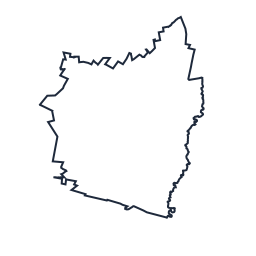 Manuel Benavides, Chihuahua, Mexico, rotated 77°
{"feature_id": "50627088B76577839440191", "entity_name": "Manuel Benavides", "entity_type": "district", "adm_level": 2, "iso_a3": "MEX", "parent_name": "Mexico", "parent_adm1": "Chihuahua", "projection": "mercator", "projection_center": [-103.724, 28.922], "detail": "fine", "context": "isolated", "style": "outline", "palette": "slate", "viewbox_px": 256, "rotation_deg": 77, "n_neighbors": 0, "source": "geoboundaries", "source_scale": "gbopen_adm2", "svg_char_len": 5632}
<svg xmlns="http://www.w3.org/2000/svg" viewBox="0 0 256 256"><g transform="rotate(77 128 128)"><path d="M159.2,211.7L162.6,203.7L167.2,205.1L168.9,201.6L164.2,199.9L168.1,190.8L170.9,193.2L172.7,190.6L175.7,197.0L182.9,184.3L184.0,185.2L193.9,164.9L193.3,164.3L200.0,152.4L201.6,150.6L204.2,146.2L205.3,148.7L205.9,148.8L206.1,148.9L206.2,148.7L206.5,148.3L206.6,148.0L206.9,147.9L207.1,147.3L207.1,146.9L207.3,146.4L207.2,145.6L206.9,144.4L206.6,143.8L206.3,143.0L206.3,142.5L206.0,142.0L205.9,141.6L205.4,140.6L205.5,139.9L211.8,131.6L214.4,128.6L223.8,110.7L224.1,110.4L224.1,110.2L223.5,109.9L222.7,109.1L222.5,108.5L222.7,108.2L223.5,107.7L223.9,107.0L224.3,106.0L224.3,105.7L224.1,105.4L223.5,105.1L222.8,105.2L221.4,106.7L220.9,107.1L220.5,107.3L220.1,107.4L219.5,107.3L218.5,106.9L217.8,106.1L217.4,104.7L217.5,104.6L217.8,104.6L218.3,104.7L218.8,104.7L219.2,104.6L219.9,104.1L220.2,103.7L220.3,103.4L220.3,102.6L220.3,102.1L220.1,101.8L219.7,101.4L218.5,101.0L217.5,101.0L216.8,100.5L216.6,100.6L216.2,101.4L216.3,102.2L216.1,102.7L215.8,103.7L215.8,104.2L215.7,104.7L215.4,105.0L214.8,106.3L214.3,106.7L214.0,106.8L213.0,106.6L211.8,106.0L210.7,105.6L209.8,105.7L209.3,105.6L209.2,105.7L209.0,106.0L208.8,106.0L208.7,105.9L208.6,105.5L208.6,104.4L208.5,103.8L208.3,103.6L207.9,103.2L207.6,103.2L207.1,103.7L206.2,104.0L205.9,104.0L205.5,103.6L205.2,102.2L203.4,102.5L202.8,102.3L202.8,101.6L202.6,101.4L202.3,101.3L201.9,101.5L201.3,101.5L200.7,101.6L199.8,101.2L199.7,101.1L199.6,100.8L200.2,100.5L200.4,100.1L200.2,99.7L199.4,98.7L199.5,98.3L199.5,98.2L198.2,97.9L197.3,97.3L196.5,96.5L196.4,95.2L196.5,94.8L194.4,94.9L194.3,95.0L194.2,95.8L194.0,96.2L193.8,96.3L193.1,96.1L192.6,96.2L192.3,96.1L192.0,95.7L191.8,95.2L192.5,93.6L192.6,92.7L192.6,92.2L191.5,91.5L191.2,90.8L190.1,90.2L189.5,89.7L188.4,88.1L187.9,86.8L187.7,86.8L187.3,86.8L186.6,87.2L186.3,87.2L186.1,87.1L185.9,87.0L185.7,86.6L185.8,86.2L186.0,85.9L186.5,85.5L186.5,85.0L186.4,84.8L185.8,84.5L184.9,84.6L184.6,84.6L184.0,84.2L183.7,84.1L182.1,84.1L181.9,84.0L181.9,83.6L182.1,83.1L182.2,82.3L182.2,80.9L182.0,80.4L180.7,79.6L179.5,79.1L179.2,78.8L178.6,78.9L178.2,78.8L177.6,79.1L177.3,79.1L177.0,79.0L176.7,78.5L176.5,77.8L176.6,77.4L176.9,77.0L177.0,76.6L176.7,76.1L176.3,75.7L176.1,75.7L175.3,76.4L174.1,76.6L173.2,76.9L172.6,76.8L171.2,77.5L170.3,77.7L168.6,77.5L167.5,76.5L167.3,76.3L167.2,75.8L166.2,75.4L165.4,74.4L165.0,74.2L163.7,74.8L162.6,74.7L162.0,74.8L161.6,75.0L161.1,75.6L160.8,75.7L160.0,75.3L159.6,75.2L158.7,75.6L158.0,76.1L157.6,76.1L157.3,75.8L157.4,75.2L157.0,74.8L156.3,73.3L155.9,73.0L154.8,73.0L154.5,72.7L153.8,72.4L153.1,72.4L152.0,72.1L151.4,71.8L150.9,71.8L150.2,71.4L148.8,71.5L148.3,71.5L147.9,71.1L147.4,70.1L147.2,69.9L146.4,70.0L146.0,69.8L145.4,69.8L145.2,69.9L144.9,70.6L144.7,70.8L144.4,70.7L143.2,68.5L142.9,68.2L142.4,67.9L142.1,67.0L140.8,66.0L140.2,65.3L139.7,64.1L139.7,63.5L139.5,63.1L140.0,62.6L140.0,62.2L139.7,61.5L138.5,62.1L137.5,62.1L137.1,62.0L136.9,61.9L136.8,61.3L137.3,60.8L137.4,60.3L137.2,60.0L136.9,59.6L136.7,59.2L136.2,59.1L135.6,59.3L134.7,60.4L134.8,61.0L134.4,61.8L133.1,61.9L132.9,61.6L132.8,61.2L132.1,60.2L132.1,59.7L132.3,59.2L132.1,57.5L132.2,57.0L132.3,56.8L133.0,56.8L133.2,56.5L133.3,55.5L133.0,54.1L132.0,52.4L131.8,51.9L131.5,51.8L130.7,51.9L129.2,53.2L129.0,53.4L128.4,53.3L127.3,52.8L127.2,52.3L126.8,51.6L127.1,51.0L126.9,50.6L126.7,50.2L125.8,49.9L125.1,50.4L124.4,50.7L123.6,51.0L123.4,51.0L122.6,50.5L121.8,50.2L121.5,50.0L121.3,49.2L121.2,49.1L120.2,48.9L119.9,48.7L119.1,48.7L118.7,48.6L117.7,48.3L117.2,48.4L116.8,48.6L116.2,48.8L115.7,48.2L115.0,48.6L114.8,48.4L114.4,48.0L113.1,47.5L112.5,47.5L112.0,47.8L112.0,48.4L111.4,48.8L111.2,48.8L109.2,47.0L108.8,47.0L106.5,47.7L105.6,47.6L105.5,47.4L105.5,46.4L104.6,45.7L104.1,45.5L103.2,45.7L101.7,45.8L100.6,45.3L99.7,45.3L99.0,44.8L98.5,44.9L97.2,44.5L96.6,44.6L95.9,44.3L95.4,45.0L95.5,47.6L94.9,57.6L93.8,58.2L82.6,52.9L79.3,51.5L71.2,47.8L66.6,45.4L63.8,51.1L61.0,48.9L59.2,53.0L49.7,50.1L44.1,49.7L31.7,51.6L32.3,53.4L32.3,54.2L32.5,54.9L33.2,56.1L33.3,56.6L33.7,57.4L34.1,57.8L35.4,59.9L35.6,60.4L35.5,60.9L35.6,61.2L36.4,61.9L36.6,62.2L37.3,62.7L37.5,63.1L37.3,63.1L38.6,65.9L38.3,66.2L38.1,71.3L41.9,71.6L41.7,76.5L49.6,76.9L49.5,82.0L47.8,81.9L47.9,83.3L56.1,83.7L58.5,87.4L60.0,90.0L55.6,92.3L55.6,92.8L58.8,91.6L62.0,96.1L62.4,96.0L62.5,96.1L62.2,96.8L62.3,97.4L61.9,98.0L61.6,98.3L60.2,99.0L59.6,99.9L59.1,100.4L62.2,106.8L62.8,108.7L58.8,108.5L56.9,108.6L56.2,108.4L55.2,109.8L60.2,113.8L64.7,118.6L60.9,122.7L66.6,129.2L61.4,135.0L60.8,135.9L55.7,130.0L54.8,133.4L54.2,136.4L59.5,143.1L58.6,143.5L56.8,145.1L54.6,146.4L56.2,147.9L57.8,149.3L55.6,152.2L53.4,156.7L53.4,157.1L53.1,159.5L53.0,160.8L47.4,160.0L46.5,164.0L47.0,164.0L47.1,165.0L46.7,165.3L45.6,168.5L42.7,167.4L39.9,173.8L47.3,173.3L46.5,175.7L53.6,179.6L53.7,180.1L53.9,180.3L54.8,180.3L55.0,180.2L55.2,180.4L55.7,180.3L55.9,180.2L56.0,180.0L55.7,179.2L55.8,179.0L56.0,179.1L56.1,178.9L56.0,178.4L56.4,178.0L56.3,177.6L56.2,177.0L56.2,176.6L56.3,176.5L56.7,177.1L57.1,177.3L57.5,177.9L60.1,180.7L61.6,182.2L66.6,175.6L72.4,180.9L74.7,182.4L79.1,190.1L79.9,191.7L78.4,199.4L85.5,208.6L85.8,208.5L86.4,207.5L94.2,197.9L94.4,198.1L104.0,198.4L104.2,204.5L120.5,198.7L143.6,208.8L146.8,198.9L150.9,201.9L151.2,201.9L151.8,202.0L152.2,201.6L152.5,201.3L153.3,200.7L154.8,198.7L155.5,198.2L155.6,197.8L156.1,197.7L156.3,198.9L156.7,199.5L157.9,202.1L158.0,203.4L161.8,201.2L161.0,204.1L160.8,204.9L161.0,205.6L160.8,206.3L160.5,206.5L160.3,208.3L160.0,208.9L160.0,209.0L159.7,209.7L159.2,211.7Z" fill="none" stroke="#1e293b" stroke-width="2"/></g></svg>